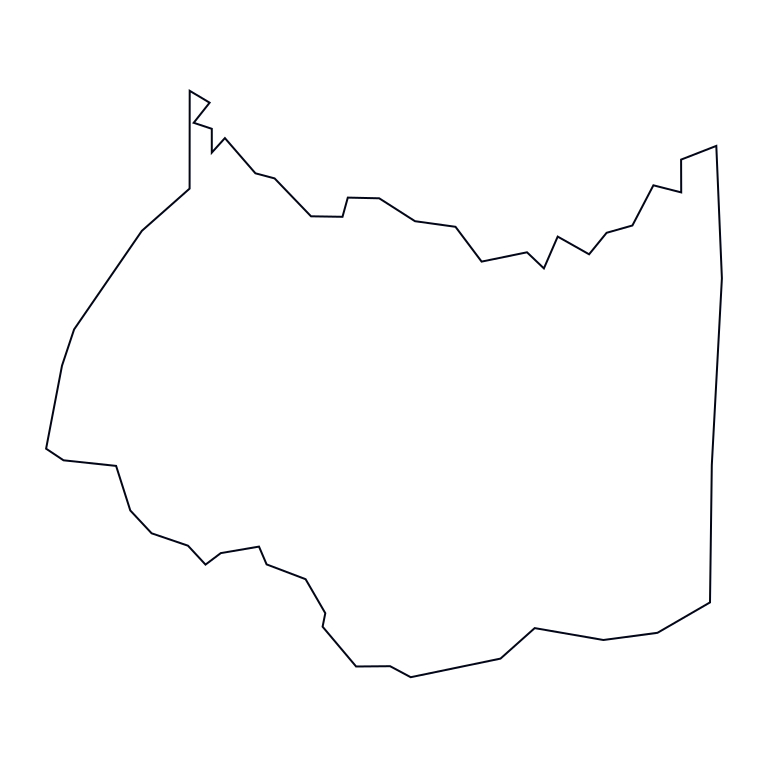 the district of Prince Edward, Virginia, United States of America
{"feature_id": "52423323B85213242879906", "entity_name": "Prince Edward", "entity_type": "district", "adm_level": 2, "iso_a3": "USA", "parent_name": "United States of America", "parent_adm1": "Virginia", "projection": "mercator", "projection_center": [-78.472, 37.239], "detail": "fine", "context": "isolated", "style": "outline", "palette": "ink", "viewbox_px": 768, "rotation_deg": 0, "n_neighbors": 0, "source": "geoboundaries", "source_scale": "gbopen_adm2", "svg_char_len": 757}
<svg xmlns="http://www.w3.org/2000/svg" viewBox="0 0 768 768"><path d="M189.7,90.8L189.6,188.6L141.9,230.8L74.1,329.4L62.0,365.7L46.1,448.7L63.5,460.3L116.1,465.9L130.3,510.5L151.6,533.3L188.0,545.7L205.5,564.6L220.8,553.1L259.0,546.6L266.6,564.4L305.6,579.2L325.3,613.2L322.6,626.7L356.1,666.5L390.1,666.2L410.7,677.2L500.5,658.6L534.7,628.1L603.4,640.0L657.5,632.8L710.0,602.4L711.8,465.0L721.9,278.3L716.3,145.9L681.1,159.6L681.2,192.4L653.4,185.3L632.4,225.5L606.6,232.8L589.1,254.3L557.7,236.6L543.9,268.4L527.0,252.3L481.6,261.6L455.5,226.8L415.0,221.2L379.2,198.3L347.8,197.6L342.5,216.8L311.0,216.3L274.6,178.4L255.4,173.3L224.9,138.1L211.8,152.6L211.8,128.8L193.7,122.8L209.6,102.7L189.7,90.8Z" fill="none" stroke="#020617" stroke-width="2"/></svg>